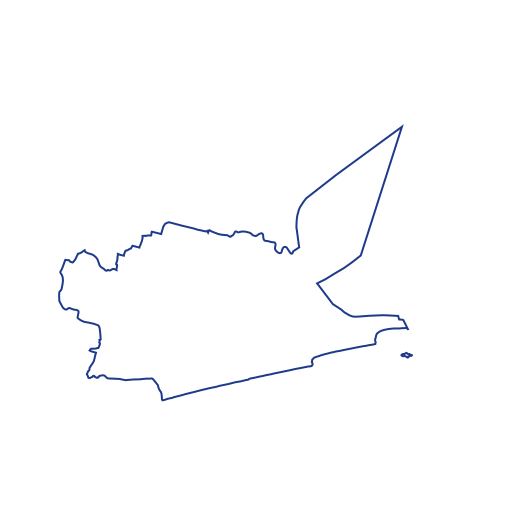 Mueang Songkhla, Songkhla, Thailand (Mercator projection), rotated 109°
{"feature_id": "78962969B11995131192654", "entity_name": "Mueang Songkhla", "entity_type": "district", "adm_level": 2, "iso_a3": "THA", "parent_name": "Thailand", "parent_adm1": "Songkhla", "projection": "mercator", "projection_center": [100.614, 7.127], "detail": "fine", "context": "isolated", "style": "outline", "palette": "blue", "viewbox_px": 512, "rotation_deg": 109, "n_neighbors": 0, "source": "geoboundaries", "source_scale": "gbopen_adm2", "svg_char_len": 6037}
<svg xmlns="http://www.w3.org/2000/svg" viewBox="0 0 512 512"><g transform="rotate(109 256 256)"><path d="M422.9,297.4L421.5,295.1L420.5,294.0L419.6,292.8L417.4,289.0L416.2,287.7L415.4,286.3L414.8,285.6L414.4,284.8L411.2,280.0L409.8,278.1L404.5,269.9L400.7,264.2L396.3,257.3L392.5,250.8L390.8,248.5L386.1,240.5L382.0,234.3L379.3,229.3L376.3,224.8L376.1,224.1L375.6,223.4L375.5,223.1L374.3,222.3L373.5,221.2L371.4,217.5L368.7,213.1L366.9,210.0L365.4,207.7L362.8,203.1L361.7,201.5L353.0,186.8L350.0,182.0L347.6,177.7L343.4,170.5L343.0,169.4L342.0,167.7L341.6,167.6L340.9,167.2L340.3,167.2L339.3,167.6L338.9,167.8L338.7,168.0L338.4,168.5L338.2,168.7L337.1,168.7L336.2,169.1L335.3,168.9L334.4,168.4L333.7,168.2L332.9,167.6L330.8,164.9L330.1,163.8L328.8,162.4L327.8,160.9L326.6,159.2L324.9,156.5L322.7,153.3L321.8,151.6L320.5,149.7L318.1,145.3L316.2,142.2L308.9,129.7L306.1,124.8L304.8,122.1L304.2,121.4L301.5,116.3L300.4,114.6L299.9,114.8L299.0,114.6L298.3,115.0L297.5,115.7L296.3,116.1L295.3,116.3L294.5,116.2L292.3,116.5L290.8,116.5L290.2,116.4L289.2,115.9L287.5,114.7L286.5,113.8L285.2,112.2L283.7,110.1L281.7,106.5L279.9,102.7L277.7,96.5L276.7,94.4L276.2,93.0L274.8,89.8L275.8,88.8L275.7,88.6L268.7,95.7L268.6,96.4L268.6,97.0L269.4,100.0L266.4,102.1L269.5,113.0L270.8,117.1L275.7,129.6L280.1,139.8L281.3,143.1L281.7,144.8L281.7,148.2L280.5,154.1L278.8,158.2L276.5,167.6L262.0,189.3L255.4,182.8L247.2,176.1L238.5,168.7L230.8,163.2L221.4,157.1L86.3,160.1L153.1,206.5L185.1,227.3L189.2,228.7L195.6,230.3L198.4,230.5L203.3,230.2L206.2,229.8L209.9,228.9L215.3,227.3L233.8,218.0L239.3,222.3L241.4,222.4L241.9,222.6L242.2,223.1L242.3,223.3L242.1,224.2L241.8,224.7L240.5,226.5L238.3,229.3L237.8,230.3L237.9,231.2L238.1,231.9L238.5,232.4L239.2,232.9L239.9,233.1L241.2,233.3L243.7,233.1L244.6,233.3L245.0,233.5L245.4,234.0L245.7,234.9L245.6,236.0L245.4,236.8L244.8,238.4L244.3,239.1L243.4,240.1L242.7,240.5L242.0,240.7L239.3,241.1L238.6,241.3L238.1,241.6L237.5,242.2L237.2,242.8L237.3,243.7L237.8,245.9L238.1,249.8L238.6,252.0L238.6,252.6L238.5,253.1L238.1,253.7L237.4,254.4L236.4,255.0L234.5,255.8L233.4,256.5L232.9,257.0L232.7,257.7L232.7,258.2L233.1,258.9L234.0,260.0L234.5,260.5L236.5,261.9L236.9,262.3L237.2,262.8L237.4,263.9L237.4,265.7L237.2,266.3L236.4,268.0L236.1,269.2L236.1,270.2L236.4,273.7L237.1,276.4L237.5,277.4L239.4,280.4L239.5,281.3L239.3,282.2L239.3,283.0L239.5,283.3L239.8,283.6L240.4,283.8L241.0,283.9L242.5,284.1L243.4,284.4L244.3,284.9L244.6,285.2L244.9,285.7L245.8,286.1L246.3,286.7L246.2,287.3L246.0,288.0L246.0,288.6L245.7,290.0L246.9,294.5L247.5,298.5L247.3,304.9L246.8,308.6L247.1,308.8L249.5,308.9L248.2,310.5L248.9,311.0L249.2,311.7L249.7,316.6L250.1,319.0L250.2,322.7L250.3,324.5L251.4,335.7L252.4,349.1L252.7,349.6L253.5,350.8L255.2,352.4L256.5,352.8L257.1,352.8L258.2,353.2L265.1,352.9L266.1,352.8L266.9,362.4L267.2,362.5L270.5,361.8L270.8,361.9L271.7,364.7L272.1,365.4L272.6,366.5L273.1,366.9L273.2,368.4L274.1,369.9L275.8,369.1L276.7,369.0L278.8,368.8L279.8,368.8L283.2,368.9L284.9,369.1L286.0,369.0L286.5,376.1L288.3,376.5L289.6,376.7L290.6,377.9L292.4,379.4L293.5,381.1L294.2,381.1L294.4,381.2L295.4,381.3L296.7,381.2L297.5,381.3L298.3,381.1L298.7,381.0L299.1,384.2L299.1,385.0L299.0,387.2L299.0,387.3L300.0,386.9L302.7,386.5L303.4,386.2L305.0,385.8L305.9,385.7L306.4,385.8L309.1,385.7L309.5,384.6L310.3,384.4L311.0,384.0L313.8,383.7L314.7,383.3L314.5,385.8L314.6,386.5L315.0,387.3L317.2,389.3L317.3,389.5L317.4,389.8L317.4,391.6L318.1,391.9L318.3,392.3L318.7,392.8L318.5,394.0L317.6,396.0L317.1,398.5L316.6,399.6L315.6,400.9L314.8,401.6L312.1,403.7L310.4,405.2L309.2,407.2L308.4,409.2L307.9,411.3L308.0,413.9L308.1,416.1L307.8,418.0L307.7,418.6L307.4,419.1L306.3,419.9L307.6,420.9L309.3,422.0L310.7,423.4L311.2,424.1L311.6,424.8L312.0,425.2L312.6,425.0L314.6,425.4L317.8,425.7L319.6,426.2L321.4,427.0L321.8,427.2L321.9,427.5L321.9,429.8L321.0,431.1L320.9,431.5L321.0,432.2L321.4,433.0L321.6,434.6L321.7,435.0L322.0,435.1L326.4,435.1L331.7,435.3L332.8,435.5L334.2,435.8L335.1,435.7L335.6,435.4L336.8,433.8L338.1,432.6L339.5,431.6L341.3,430.9L342.5,430.4L345.4,429.8L347.9,429.4L350.4,429.1L351.4,429.2L353.9,430.1L354.6,430.1L355.8,429.8L357.7,429.2L362.4,427.4L362.7,427.1L363.7,426.2L367.6,421.9L367.9,421.4L368.4,420.0L368.6,419.1L368.5,418.2L368.4,417.8L366.2,416.1L365.9,415.5L366.0,411.0L365.5,408.3L365.5,407.2L365.6,406.7L365.9,406.1L366.3,405.7L366.7,405.5L372.3,404.7L372.5,404.5L372.7,404.3L373.3,402.8L373.9,400.3L374.2,397.0L373.4,391.9L372.9,387.3L372.9,383.4L373.0,382.5L373.5,381.7L374.3,381.0L375.1,380.4L379.3,378.3L385.5,375.7L386.3,376.7L387.0,376.2L388.7,376.1L388.9,375.7L389.3,375.5L389.5,375.1L390.0,374.9L394.1,375.0L394.3,375.1L394.6,376.0L395.3,376.8L395.9,377.7L397.2,381.3L397.4,381.7L397.9,382.0L398.7,382.4L399.5,382.6L399.8,381.1L399.5,375.8L401.8,375.7L407.8,375.1L410.6,375.5L412.4,376.1L415.7,376.9L416.3,376.9L417.5,376.5L418.2,376.5L418.9,376.7L419.5,377.2L423.0,377.4L423.9,376.2L425.0,375.4L425.7,374.8L425.7,374.6L425.6,373.5L424.3,372.2L424.1,371.9L423.7,371.6L423.5,371.3L423.1,371.2L422.6,371.1L422.1,370.3L422.2,369.6L422.7,369.1L422.7,368.9L423.0,367.1L423.0,366.6L422.8,366.4L422.3,366.2L422.2,365.8L421.9,365.4L420.8,365.3L420.4,364.9L419.8,364.1L418.9,362.6L418.7,362.1L418.4,360.9L418.6,359.8L419.8,357.2L419.9,356.4L419.6,354.7L419.0,352.9L416.9,345.8L416.7,345.0L415.9,339.0L412.7,331.8L410.3,325.4L409.0,322.7L407.9,320.3L406.7,316.9L406.0,315.4L405.7,314.2L405.9,313.3L406.4,312.6L407.5,310.7L410.1,306.7L412.3,305.3L413.9,303.9L415.6,301.6L416.5,300.8L418.0,300.0L422.0,298.3L422.4,298.1L422.9,297.4ZM301.3,79.1L300.9,78.9L300.6,78.2L300.1,77.4L299.7,76.5L299.3,76.2L299.1,76.2L299.0,76.5L299.1,77.3L298.8,79.2L299.2,80.6L299.1,81.1L298.7,81.7L298.6,82.3L298.7,82.5L300.1,83.5L300.8,85.1L301.5,85.9L301.8,86.1L302.6,86.1L302.7,85.7L302.9,85.1L303.0,84.4L302.8,84.1L302.6,84.0L302.0,83.3L301.9,83.0L302.2,82.4L302.3,81.8L302.2,80.8L302.6,80.2L302.7,79.7L302.4,79.2L302.1,79.0L301.9,78.9L301.3,79.1Z" fill="none" stroke="#1e3a8a" stroke-width="2"/></g></svg>